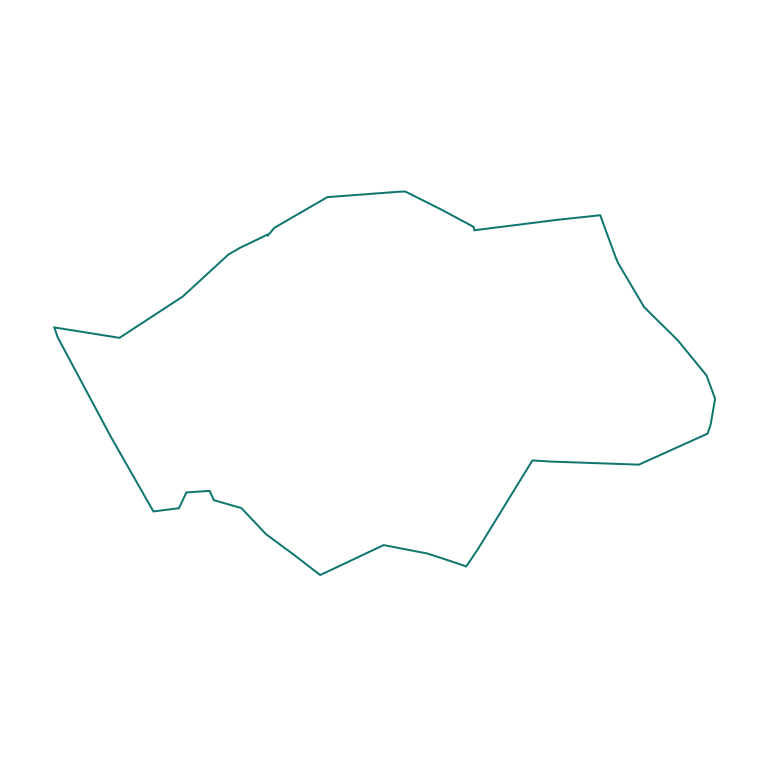 Oguzhan, Mary, Turkmenistan (Natural Earth projection), rotated 2°
{"feature_id": "10190150B14895102239013", "entity_name": "Oguzhan", "entity_type": "district", "adm_level": 2, "iso_a3": "TKM", "parent_name": "Turkmenistan", "parent_adm1": "Mary", "projection": "natural_earth1", "projection_center": [61.298, 37.395], "detail": "fine", "context": "isolated", "style": "outline", "palette": "teal", "viewbox_px": 768, "rotation_deg": 2, "n_neighbors": 0, "source": "geoboundaries", "source_scale": "gbopen_adm2", "svg_char_len": 905}
<svg xmlns="http://www.w3.org/2000/svg" viewBox="0 0 768 768"><g transform="rotate(2 384 384)"><path d="M56.3,348.8L113.2,446.9L158.0,519.4L183.4,515.3L187.0,506.9L190.3,499.2L191.0,499.2L212.7,497.0L213.5,496.9L217.6,505.2L218.1,506.1L245.8,513.0L246.8,514.0L271.3,538.2L292.3,552.6L301.4,558.8L305.2,561.6L326.8,577.1L327.5,576.8L353.4,563.5L374.7,552.5L389.3,545.0L389.8,545.1L433.3,551.9L453.7,557.8L472.2,563.3L472.6,563.4L483.7,545.6L535.0,455.2L553.0,455.7L641.5,455.7L709.1,422.3L711.9,412.9L715.1,389.4L715.4,387.1L706.1,364.3L696.4,353.2L690.5,346.5L676.0,330.0L641.3,298.1L620.0,264.8L613.5,254.7L612.2,251.3L611.9,251.3L594.2,207.8L551.1,213.9L468.9,227.2L468.1,223.9L437.1,208.6L398.5,190.9L392.5,191.3L320.9,199.2L269.0,231.7L262.8,239.6L262.2,238.8L235.2,253.0L224.2,259.9L223.4,260.6L179.8,303.6L118.0,347.1L52.6,339.0L56.3,348.8Z" fill="none" stroke="#0f766e" stroke-width="2"/></g></svg>